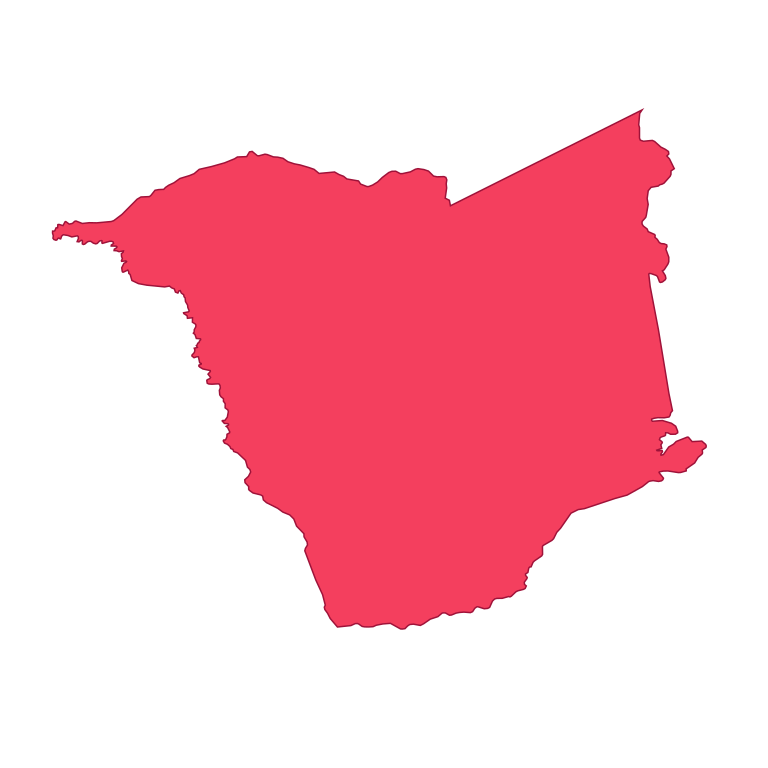 the district of Loc Ninh, Bình Phước, Vietnam, rotated 84°
{"feature_id": "81297802B87348344277653", "entity_name": "Loc Ninh", "entity_type": "district", "adm_level": 2, "iso_a3": "VNM", "parent_name": "Vietnam", "parent_adm1": "Bình Phước", "projection": "equal_earth", "projection_center": [106.558, 11.824], "detail": "fine", "context": "isolated", "style": "filled", "palette": "rose", "viewbox_px": 768, "rotation_deg": 84, "n_neighbors": 0, "source": "geoboundaries", "source_scale": "gbopen_adm2", "svg_char_len": 6098}
<svg xmlns="http://www.w3.org/2000/svg" viewBox="0 0 768 768"><g transform="rotate(84 384 384)"><path d="M423.0,549.4L423.8,549.8L426.1,548.8L427.6,546.0L430.0,543.8L432.2,543.1L433.3,541.1L435.4,540.5L437.2,536.8L445.5,529.7L452.4,528.5L455.0,526.3L457.6,525.8L461.7,528.5L464.7,532.5L467.6,532.5L471.8,529.3L474.5,529.6L475.6,529.1L478.7,525.7L481.4,518.2L482.8,516.4L486.6,516.1L489.7,513.3L496.5,502.7L500.8,498.0L504.3,491.5L508.8,487.8L516.2,485.8L524.5,479.3L527.6,479.5L533.1,477.0L536.1,476.9L539.2,479.3L541.6,480.2L571.8,472.3L587.1,467.1L597.8,465.5L599.7,466.7L602.1,466.4L606.1,464.1L611.6,462.0L620.8,455.7L620.8,442.2L619.3,437.7L619.4,435.6L620.0,434.3L622.8,431.1L623.5,428.7L624.0,424.7L624.2,420.2L623.1,416.9L622.5,410.2L622.7,402.6L629.3,393.2L629.6,391.4L629.5,388.7L627.0,385.7L625.9,383.5L625.9,379.9L627.9,373.1L626.6,369.7L622.7,362.6L621.0,354.7L618.0,350.3L617.8,349.3L618.1,346.9L620.8,343.1L620.8,341.0L619.4,336.3L619.1,332.8L619.2,328.4L620.4,322.0L619.7,319.7L616.6,317.2L615.4,315.2L615.3,314.0L618.0,307.8L618.0,304.3L617.2,302.3L611.2,298.8L609.4,296.5L609.0,294.2L609.5,288.8L608.4,282.3L608.9,281.0L608.3,279.5L604.5,274.6L603.7,272.6L602.8,266.6L602.1,265.0L599.7,263.6L598.0,265.2L595.8,265.2L592.5,262.2L591.3,261.8L589.1,263.2L587.7,263.1L586.5,260.6L582.3,259.3L581.3,258.4L581.2,256.8L576.9,254.4L575.6,252.8L571.4,245.1L570.0,244.1L562.1,243.4L561.2,242.6L557.1,233.4L555.6,231.5L549.6,227.7L545.9,223.5L532.0,211.5L529.2,204.0L528.9,197.7L522.0,166.3L519.9,153.8L513.0,137.7L508.7,131.0L508.4,129.8L508.2,126.5L509.6,121.1L509.3,118.1L508.3,116.6L506.9,115.9L500.9,119.7L500.2,119.4L499.8,115.3L500.2,110.6L502.9,100.4L503.0,98.2L502.0,92.5L500.0,92.4L495.0,83.3L489.8,79.3L487.0,75.1L485.9,74.4L482.9,74.4L480.8,70.5L479.3,70.0L477.7,70.4L474.0,73.9L473.5,83.6L468.8,86.8L468.5,87.9L471.7,99.4L474.1,102.3L476.4,107.4L483.4,113.5L483.8,115.9L482.7,116.0L480.5,114.1L479.3,114.3L479.1,118.3L478.8,119.5L478.3,119.7L477.1,114.5L473.4,115.0L471.5,113.4L470.4,113.6L468.2,115.9L466.4,115.1L465.7,113.9L464.9,110.2L464.3,109.4L461.9,109.0L462.3,106.7L463.9,104.3L464.4,99.4L463.2,97.0L461.6,96.9L456.5,98.3L453.1,102.2L449.4,111.0L449.1,121.0L448.3,121.6L446.9,121.5L446.3,118.8L446.1,115.2L446.9,108.7L446.6,104.0L445.2,102.8L442.5,101.8L440.7,99.9L423.6,101.6L358.7,105.4L314.8,109.1L302.4,109.2L301.8,108.6L302.1,106.9L304.5,101.9L305.7,100.8L311.3,99.3L311.9,98.5L311.6,96.4L309.7,93.4L308.4,92.6L305.6,92.9L300.6,95.3L299.7,93.4L294.4,89.1L292.2,88.0L287.7,87.5L279.3,89.6L276.9,88.2L275.2,88.3L273.9,90.7L273.3,93.7L272.1,95.4L268.6,97.2L266.5,99.2L264.5,98.8L263.6,99.2L260.1,105.3L257.3,106.1L254.1,109.5L252.2,110.5L250.8,110.6L249.2,110.2L245.7,106.3L244.0,105.6L233.0,102.5L227.1,102.9L219.4,101.0L216.3,97.8L215.8,90.5L214.7,89.0L214.3,86.5L213.5,84.5L207.3,77.7L205.5,76.7L202.1,76.3L200.2,72.8L190.1,76.5L186.8,78.9L185.0,76.7L182.5,76.8L180.0,79.7L177.3,83.9L171.1,89.5L169.8,91.7L169.7,100.6L168.3,103.6L166.2,104.2L155.8,103.1L152.9,103.6L141.6,101.4L138.4,98.7L213.7,299.3L208.1,299.8L205.6,303.7L195.6,301.2L191.3,301.2L187.6,300.2L185.0,300.9L184.0,302.7L183.5,309.5L182.4,313.0L176.9,317.5L174.9,321.9L173.4,327.7L173.7,330.4L175.8,335.6L176.7,343.8L176.5,345.8L173.6,350.1L173.3,354.0L174.2,357.2L178.4,364.1L182.4,369.2L185.0,374.6L186.0,378.5L185.9,380.2L182.7,386.4L179.4,388.1L176.2,399.5L173.2,402.5L171.0,406.8L168.0,411.0L167.8,426.6L163.2,431.1L160.9,436.0L157.4,444.5L155.7,450.1L152.9,456.4L149.0,460.8L147.3,466.0L146.6,470.2L143.6,476.2L143.0,478.4L144.0,484.6L143.7,486.1L138.9,490.8L139.1,493.5L143.5,496.8L142.9,506.1L144.4,509.1L147.4,519.4L149.7,532.8L151.2,545.3L155.0,550.9L156.4,555.7L158.3,565.5L161.9,571.8L163.8,577.3L165.7,580.8L167.4,582.7L167.1,587.7L167.4,591.5L172.1,596.1L173.1,597.7L172.6,606.2L174.4,610.2L188.0,626.9L193.3,635.7L193.9,638.3L193.7,653.0L192.8,660.1L192.8,667.3L189.7,673.3L189.9,674.7L191.7,677.0L192.1,680.3L189.2,683.5L189.3,684.2L192.9,686.7L191.3,690.6L191.4,691.7L194.5,692.3L194.4,693.8L197.2,695.4L197.5,696.7L197.3,697.6L199.2,697.9L202.1,697.4L204.4,698.0L205.8,697.2L206.7,695.3L206.6,694.4L205.0,692.9L204.9,692.0L205.9,690.8L205.8,690.3L203.3,689.2L202.0,687.4L203.3,682.7L205.1,679.1L204.6,673.5L205.3,672.7L207.3,672.7L210.3,674.3L210.8,672.5L209.5,670.4L209.5,669.4L210.1,669.0L213.1,669.4L213.8,668.5L213.6,667.0L211.5,663.9L211.3,662.2L211.5,660.6L213.5,658.4L214.5,656.0L214.2,654.5L212.1,652.0L211.8,650.2L212.1,649.5L214.3,649.8L214.7,649.3L213.4,641.9L213.6,639.9L214.3,638.6L216.0,638.3L217.3,640.7L218.3,640.9L218.8,636.5L219.1,635.6L219.8,635.2L221.0,636.4L221.7,638.1L223.1,638.5L223.6,635.8L224.7,633.7L224.4,629.2L225.6,629.6L227.0,631.6L229.7,631.7L231.9,631.1L234.1,632.3L234.6,632.1L234.6,627.9L235.2,627.2L235.9,627.7L236.8,630.0L241.0,632.7L244.4,632.6L245.3,632.3L245.5,631.4L243.9,626.9L245.5,626.2L247.4,626.2L248.5,625.0L254.7,623.9L258.5,617.7L260.9,609.6L264.5,592.0L264.2,587.1L266.2,585.1L267.5,582.6L270.8,581.8L272.0,579.5L269.9,578.1L269.8,576.9L272.3,576.1L274.3,573.9L276.4,573.7L277.5,572.8L281.3,572.8L285.0,571.1L287.4,571.1L291.0,570.1L291.8,570.9L292.2,575.9L293.0,575.8L295.5,572.7L298.1,572.6L298.1,567.5L302.5,568.1L304.7,565.3L305.7,564.9L307.5,565.2L310.1,567.0L312.6,567.4L313.5,568.3L315.1,566.8L319.1,565.9L319.9,561.8L320.8,561.7L322.2,563.2L323.4,563.6L324.0,565.0L325.7,565.8L326.1,566.6L328.1,565.8L328.6,569.0L330.4,568.5L332.8,569.3L335.2,572.0L336.1,572.1L338.0,570.2L337.3,567.2L337.6,565.7L343.6,565.1L344.5,563.6L345.1,563.7L345.9,566.1L346.8,566.3L347.9,565.5L350.1,562.6L352.5,555.4L353.4,555.4L355.8,558.0L359.3,555.8L360.4,556.7L361.3,559.4L362.1,559.9L364.8,559.7L365.7,558.2L366.2,555.1L366.5,549.0L366.8,548.0L368.4,547.2L370.9,547.2L373.0,548.4L377.6,548.5L379.7,547.4L381.8,545.2L384.4,545.5L387.0,544.0L391.1,544.5L393.5,542.0L395.2,541.7L400.6,543.3L403.7,546.2L403.4,548.2L403.8,548.8L406.5,546.9L407.1,543.5L407.8,542.8L408.6,543.0L409.6,545.4L410.9,544.1L415.5,542.4L416.4,542.7L417.6,545.4L420.2,545.8L422.5,547.1L423.0,547.7L423.0,549.4Z" fill="#f43f5e" stroke="#9f1239" stroke-width="1.5"/></g></svg>